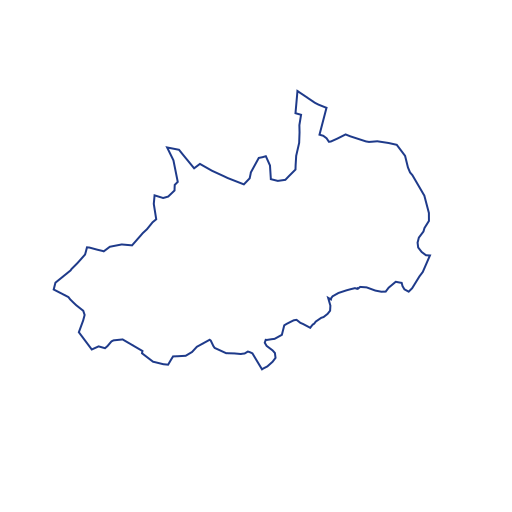 outline of Nebro, Ad Daqahliyah, Egypt, rotated 37°
{"feature_id": "37247803B57477737935705", "entity_name": "Nebro", "entity_type": "district", "adm_level": 2, "iso_a3": "EGY", "parent_name": "Egypt", "parent_adm1": "Ad Daqahliyah", "projection": "orthographic", "projection_center": [31.299, 31.129], "detail": "fine", "context": "isolated", "style": "outline", "palette": "blue", "viewbox_px": 512, "rotation_deg": 37, "n_neighbors": 0, "source": "geoboundaries", "source_scale": "gbopen_adm2", "svg_char_len": 2775}
<svg xmlns="http://www.w3.org/2000/svg" viewBox="0 0 512 512"><g transform="rotate(37 256 256)"><path d="M189.8,99.3L190.4,100.2L201.6,118.2L207.0,116.1L211.9,125.4L216.4,131.1L222.4,139.7L227.8,151.8L229.4,154.2L232.9,159.5L235.5,163.2L234.2,172.5L233.6,177.5L233.1,178.0L228.2,182.9L227.5,183.2L221.6,185.7L221.1,185.1L212.7,175.3L204.4,170.7L203.8,170.4L201.7,173.2L199.2,176.0L200.6,185.6L201.6,192.4L202.1,193.3L204.2,197.8L203.2,206.1L186.4,210.8L182.4,211.6L169.6,214.4L168.1,214.6L155.8,216.2L153.8,223.2L136.1,218.9L130.6,217.5L119.7,222.8L126.8,226.4L129.6,227.8L132.5,229.3L148.9,243.9L148.3,248.1L150.0,250.6L151.5,252.7L150.1,261.4L146.9,265.6L138.5,268.6L143.0,275.9L154.2,286.7L153.9,288.0L153.1,291.3L152.8,300.3L151.8,305.8L151.7,307.3L151.6,308.8L150.6,322.1L141.8,327.6L137.2,332.7L133.7,336.6L132.7,340.1L131.6,343.9L130.9,344.1L125.4,346.5L117.9,349.5L115.8,350.8L117.5,354.9L118.6,357.7L117.7,368.8L116.7,376.1L116.5,377.4L116.6,379.1L111.9,397.9L111.9,398.1L114.6,404.5L130.9,401.7L133.8,402.5L138.4,403.1L142.0,403.5L146.1,403.6L151.0,403.7L154.6,406.2L155.1,407.4L156.8,411.6L160.4,423.5L181.1,429.5L184.7,422.9L190.9,420.5L191.3,418.7L191.6,417.3L191.9,411.9L192.0,411.1L193.0,409.1L199.7,402.9L222.5,400.2L223.5,402.3L237.5,402.4L238.7,401.8L247.1,398.2L251.2,395.7L250.5,389.5L250.2,386.1L254.0,383.0L259.9,378.0L262.7,371.1L263.4,364.1L269.4,350.8L270.8,350.8L273.5,352.2L276.2,353.6L278.3,354.3L281.4,353.6L290.6,351.6L297.4,346.8L302.9,343.4L303.8,342.4L305.6,340.7L307.0,337.2L309.0,336.5L311.7,335.9L318.6,338.7L329.0,342.9L329.5,341.5L331.5,337.4L332.9,330.5L332.9,325.6L329.5,322.1L326.1,321.4L318.6,321.4L315.2,320.0L314.2,317.1L315.2,316.5L318.6,313.0L320.7,311.0L324.1,303.4L321.7,297.7L320.5,294.9L320.3,294.3L321.4,291.6L323.4,287.5L324.8,284.7L325.9,283.5L326.8,282.6L328.9,282.6L331.6,282.7L334.4,282.0L342.5,280.7L342.5,277.9L342.6,277.2L342.6,276.5L343.2,275.1L343.2,272.4L345.3,266.1L346.7,264.1L348.0,259.2L348.1,255.1L345.3,250.9L338.8,246.0L342.0,245.6L341.4,244.2L341.4,242.1L344.1,235.9L348.9,229.0L351.6,225.5L354.4,222.1L356.4,221.4L356.4,220.7L357.1,220.7L357.8,218.0L363.2,214.5L372.1,211.8L377.6,209.1L381.0,206.4L381.0,201.5L383.1,192.5L387.2,190.5L388.5,189.8L391.2,191.9L394.6,193.3L399.4,192.6L400.1,187.8L398.8,173.9L398.8,168.4L394.6,150.9L391.3,153.1L385.9,153.1L380.4,151.6L377.0,148.1L375.0,143.3L375.0,135.7L373.7,132.2L373.0,123.9L368.2,117.6L354.0,106.4L352.7,105.9L332.2,97.3L328.8,96.6L324.0,93.8L314.8,86.3L301.5,82.5L294.0,85.9L292.5,86.7L283.8,91.4L280.0,94.8L277.6,96.9L274.9,98.3L259.2,103.7L254.4,105.0L250.3,113.3L246.9,119.5L245.5,120.9L241.5,119.5L237.4,119.5L233.7,120.9L223.1,95.2L222.2,95.5L214.8,97.5L211.4,98.1L210.7,98.2L189.8,99.3Z" fill="none" stroke="#1e3a8a" stroke-width="2"/></g></svg>